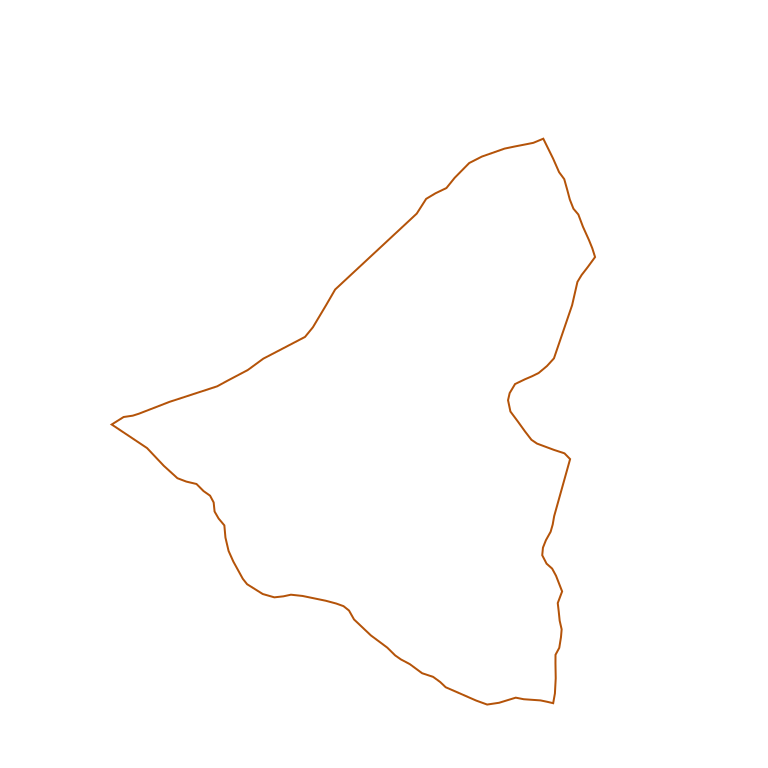 Itapura, São Paulo, Brazil, rotated 16°
{"feature_id": "56859067B23822511456488", "entity_name": "Itapura", "entity_type": "district", "adm_level": 2, "iso_a3": "BRA", "parent_name": "Brazil", "parent_adm1": "São Paulo", "projection": "robinson", "projection_center": [-51.427, -20.578], "detail": "fine", "context": "isolated", "style": "outline", "palette": "amber", "viewbox_px": 768, "rotation_deg": 16, "n_neighbors": 0, "source": "geoboundaries", "source_scale": "gbopen_adm2", "svg_char_len": 1629}
<svg xmlns="http://www.w3.org/2000/svg" viewBox="0 0 768 768"><g transform="rotate(16 384 384)"><path d="M634.6,644.2L633.6,634.4L630.2,619.6L625.8,605.2L623.5,597.0L625.2,589.3L623.9,578.6L622.4,570.9L618.1,563.1L614.7,554.6L611.4,546.7L612.4,534.3L607.3,527.6L602.2,520.9L596.5,515.1L589.8,511.9L583.3,505.0L581.9,497.5L582.7,489.5L584.9,480.1L584.9,472.6L584.0,464.1L583.6,404.9L576.6,400.9L565.7,400.5L555.2,399.7L547.5,399.1L541.1,397.0L532.7,390.8L522.8,383.0L513.1,375.6L507.7,365.4L507.3,358.1L510.0,347.9L518.2,340.6L524.1,335.8L529.6,330.8L535.7,321.8L540.3,312.5L543.1,256.4L541.8,232.5L543.9,224.8L547.6,215.5L551.9,203.8L546.8,196.1L541.4,189.2L531.9,178.0L524.1,167.5L517.8,163.3L511.8,155.5L506.9,147.3L500.8,137.4L493.9,132.1L484.4,120.7L469.5,104.3L461.1,111.0L454.9,114.2L444.5,119.5L435.0,124.5L415.4,138.4L405.0,148.1L395.1,166.3L390.0,178.4L380.9,186.5L373.5,194.4L368.5,211.2L311.0,306.6L306.7,323.8L300.0,349.1L295.1,360.5L261.0,392.9L249.2,408.1L232.3,424.3L224.3,432.2L182.7,460.3L156.6,480.1L151.2,483.7L142.8,487.5L133.4,498.0L173.9,510.9L194.8,523.3L211.4,531.5L220.9,532.3L231.3,531.8L240.1,536.7L247.6,539.3L252.9,544.8L256.3,553.3L262.1,558.9L269.5,563.9L273.9,575.3L280.6,587.3L288.1,596.2L302.0,610.2L307.6,614.2L325.3,619.3L337.4,619.3L345.9,615.8L352.6,612.2L364.1,610.2L387.8,608.4L398.6,608.2L406.3,608.7L412.8,611.4L420.1,618.6L440.7,629.3L459.8,636.5L469.5,641.8L476.2,644.1L486.1,646.2L500.3,651.5L512.0,652.0L520.2,655.0L526.9,658.5L559.9,662.9L571.5,663.7L582.5,658.7L597.1,649.2L605.2,648.5L621.7,645.0L628.5,644.5L634.6,644.2Z" fill="none" stroke="#b45309" stroke-width="2"/></g></svg>